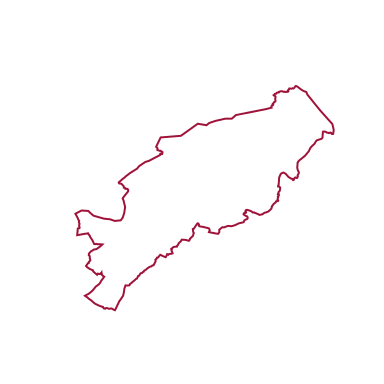 outline of Sirdal nor, Vest-Agder, Norway, rotated 34°
{"feature_id": "86288312B17397528681230", "entity_name": "Sirdal nor", "entity_type": "district", "adm_level": 2, "iso_a3": "NOR", "parent_name": "Norway", "parent_adm1": "Vest-Agder", "projection": "orthographic", "projection_center": [6.807, 58.845], "detail": "fine", "context": "isolated", "style": "outline", "palette": "rose", "viewbox_px": 384, "rotation_deg": 34, "n_neighbors": 0, "source": "geoboundaries", "source_scale": "gbopen_adm2", "svg_char_len": 5994}
<svg xmlns="http://www.w3.org/2000/svg" viewBox="0 0 384 384"><g transform="rotate(34 192 192)"><path d="M121.0,292.0L126.7,286.4L128.6,284.9L128.8,284.4L130.8,285.2L131.0,285.1L131.6,285.4L132.9,286.3L134.7,287.0L136.8,287.9L139.9,289.8L140.7,289.5L142.0,288.3L142.9,288.2L144.8,286.8L147.0,285.6L146.2,288.9L144.9,292.3L144.6,292.9L142.7,294.7L142.3,296.0L141.3,297.9L141.3,298.7L141.0,300.5L141.3,301.4L141.8,302.1L142.4,302.0L143.0,302.4L144.5,304.2L145.9,305.4L145.9,306.5L145.6,307.3L145.8,308.1L146.1,308.5L145.6,309.1L145.7,309.3L145.5,310.9L145.6,311.3L145.5,311.6L145.5,312.6L146.6,312.9L149.0,313.0L150.7,312.9L153.8,312.3L154.2,312.9L155.1,313.2L159.6,313.7L159.5,312.4L161.5,311.6L162.1,310.9L161.8,310.4L161.8,310.2L162.1,309.8L162.1,309.6L162.4,310.0L162.6,309.9L162.8,310.0L162.9,310.5L163.3,311.0L164.2,311.1L164.9,311.3L166.6,311.3L166.5,314.8L166.4,315.5L166.4,316.6L166.6,318.2L166.6,319.1L166.4,320.7L165.1,324.3L164.9,327.1L164.7,329.2L164.0,331.9L163.1,334.6L162.1,336.2L161.3,337.9L164.3,337.9L166.0,338.2L169.2,338.2L172.3,338.7L174.4,338.8L179.5,338.0L182.3,337.1L182.5,337.4L183.3,337.4L183.9,337.8L185.3,337.3L185.6,336.3L186.2,335.9L188.5,335.2L190.5,333.5L192.5,333.4L194.2,333.1L194.1,331.7L193.7,329.0L193.4,327.3L193.2,325.4L192.8,323.8L192.9,320.9L192.9,316.6L191.8,313.7L190.3,310.5L190.0,310.0L189.1,306.6L191.3,305.3L192.3,304.3L192.0,303.1L192.8,300.9L192.9,300.1L193.8,297.3L194.1,295.6L194.8,294.4L194.3,291.9L195.0,290.9L194.8,288.7L194.9,288.1L195.9,287.0L196.2,285.1L196.5,285.0L196.4,283.9L197.4,281.8L197.5,280.9L198.5,278.3L199.2,277.1L199.8,276.6L200.1,275.8L200.2,275.0L201.1,274.3L200.6,269.8L199.8,269.0L199.5,268.5L199.6,268.0L199.9,267.7L199.9,267.2L199.7,266.0L200.4,265.5L200.8,261.8L205.5,261.1L206.6,260.8L206.4,257.8L206.2,257.4L206.6,257.2L207.4,257.2L207.4,256.9L208.0,256.0L209.4,254.7L210.2,253.7L209.5,253.1L207.8,252.1L207.5,251.1L206.6,250.9L207.5,247.8L210.1,245.6L209.7,245.1L210.0,243.4L209.9,242.9L209.6,242.1L210.3,239.2L210.2,237.8L210.1,237.3L213.4,235.3L216.7,234.2L216.7,233.5L216.9,232.8L216.7,232.3L216.5,232.1L216.5,231.5L217.3,227.9L216.4,225.0L216.2,225.0L215.1,224.2L213.4,222.2L214.0,221.7L214.0,215.8L214.1,214.9L214.9,214.6L216.0,215.1L216.3,216.0L217.3,216.3L221.9,214.2L222.7,214.1L224.1,213.4L226.6,212.7L228.1,213.8L228.5,215.8L235.1,213.0L237.0,212.1L237.1,210.1L235.7,208.0L236.8,204.3L238.4,203.4L239.8,201.3L240.9,199.9L244.0,198.2L246.4,195.2L248.2,192.0L251.7,188.2L251.3,186.1L251.9,184.8L252.7,183.9L252.9,182.8L252.2,181.8L251.3,181.4L250.1,181.7L248.3,181.8L247.3,181.7L246.9,180.9L247.1,180.2L248.1,179.4L248.3,178.8L247.8,178.4L246.9,178.0L246.9,176.9L247.0,176.6L247.5,176.5L247.6,176.1L248.0,175.8L251.0,175.0L252.5,174.8L253.7,175.1L254.7,174.2L255.4,174.3L256.9,173.8L258.0,173.7L258.9,173.4L260.7,173.3L261.6,172.4L262.2,171.7L262.9,171.1L263.2,169.9L263.7,168.7L265.1,167.2L265.4,166.6L265.4,166.4L265.8,166.1L266.3,165.3L266.4,164.9L266.4,164.4L266.9,162.7L267.1,161.3L266.8,160.6L266.6,159.7L266.3,159.5L266.2,159.2L266.3,158.3L266.4,157.6L266.3,156.9L266.4,156.2L266.7,155.4L266.8,154.6L267.2,153.9L266.9,152.9L267.5,152.0L268.2,151.6L268.4,151.1L268.2,150.7L267.4,150.6L267.2,150.8L267.1,150.6L266.5,148.4L266.1,148.3L266.0,147.9L265.7,147.7L265.7,147.2L266.0,146.9L266.0,146.5L265.3,145.4L264.4,145.7L264.2,144.7L263.8,143.5L264.1,142.5L264.1,142.1L263.9,141.7L263.8,141.0L262.6,139.0L261.0,138.7L260.4,139.3L260.0,139.0L259.6,137.2L256.2,131.3L255.5,127.7L255.7,126.6L256.7,125.0L257.2,124.7L259.4,124.5L263.6,125.6L267.0,125.4L268.0,125.0L269.0,125.6L269.3,125.6L269.6,125.1L269.1,123.9L269.4,122.6L269.5,122.2L269.8,122.0L270.7,122.0L271.2,121.6L271.3,121.3L271.3,121.0L271.0,119.9L270.5,119.5L270.2,119.0L270.2,117.8L269.9,116.4L269.4,115.8L267.5,114.7L265.7,113.1L264.2,110.4L263.2,108.8L263.2,108.1L263.0,107.5L263.5,104.9L264.0,103.6L265.5,98.4L266.0,92.9L265.5,89.3L265.8,86.8L266.6,83.6L266.4,80.7L266.5,79.5L269.4,75.7L269.7,75.3L269.8,74.5L269.7,73.8L267.2,69.5L266.9,68.6L267.5,68.1L269.2,67.3L270.5,67.4L271.8,66.7L272.4,66.7L273.2,65.9L273.5,65.3L274.4,65.2L275.3,65.7L276.0,65.4L276.5,64.9L274.8,61.3L270.4,57.2L252.6,52.7L233.1,46.7L230.9,45.2L227.9,45.9L225.3,46.0L220.1,45.7L218.9,46.0L218.6,46.3L218.5,48.8L218.2,49.5L217.3,49.8L216.8,50.7L215.0,51.6L214.7,51.9L215.0,52.7L214.7,53.6L214.7,54.1L215.4,54.4L215.6,54.6L215.5,55.1L215.4,55.4L214.6,55.8L213.8,56.7L212.5,57.1L212.3,57.6L212.1,57.7L210.3,58.1L209.6,58.5L208.1,60.3L208.4,60.6L208.4,60.8L206.8,62.3L206.7,62.9L206.8,63.4L205.8,64.5L205.8,65.3L205.5,66.1L205.8,66.2L207.4,66.0L207.9,66.2L208.6,67.4L208.7,67.8L208.9,68.3L209.9,69.3L210.5,70.4L210.2,70.8L210.0,71.3L209.7,71.9L209.8,72.7L210.1,73.2L209.8,73.4L209.6,73.8L209.7,74.3L210.2,74.5L210.5,74.8L210.0,75.5L210.1,76.2L209.9,76.5L210.4,77.3L210.8,77.6L206.8,82.1L185.4,103.6L184.0,108.9L178.7,112.5L171.8,119.8L167.6,125.3L166.7,128.5L158.6,132.2L151.4,151.6L135.5,164.3L137.0,174.6L138.7,174.9L138.9,175.1L139.3,175.5L139.7,176.5L139.9,176.6L140.9,176.2L142.3,175.9L143.0,175.3L143.9,175.8L144.7,175.3L145.0,175.4L145.3,175.5L146.0,177.1L145.7,177.3L145.7,177.5L144.4,178.2L144.9,179.1L138.9,190.2L136.5,193.2L133.7,200.1L133.4,203.4L130.1,210.8L128.2,216.5L128.0,217.9L127.4,219.3L125.9,225.0L126.3,225.4L126.9,225.6L128.8,224.7L129.1,224.7L132.2,225.4L133.0,226.5L134.3,226.1L134.7,226.3L135.0,226.6L135.6,226.0L136.3,225.9L136.8,225.5L137.9,225.9L138.2,226.6L138.6,227.0L138.7,227.3L138.1,234.2L138.1,236.1L140.1,237.4L143.0,240.1L144.3,241.2L145.2,242.3L145.8,243.7L147.5,247.2L148.9,252.0L148.8,255.2L148.7,255.4L144.1,259.2L139.4,260.4L134.0,263.3L124.6,266.4L123.2,266.7L119.2,266.2L116.6,265.7L110.8,269.1L107.5,275.2L111.8,277.5L113.1,278.4L114.7,279.1L114.8,279.7L114.9,280.0L115.5,280.7L116.4,281.1L116.8,281.8L116.8,282.3L117.2,282.8L117.3,283.2L117.9,283.6L118.3,284.1L118.7,284.3L118.9,284.7L118.8,285.1L117.9,285.7L117.8,286.3L119.0,288.5L119.3,288.7L119.8,290.0L121.0,292.0Z" fill="none" stroke="#9f1239" stroke-width="2"/></g></svg>